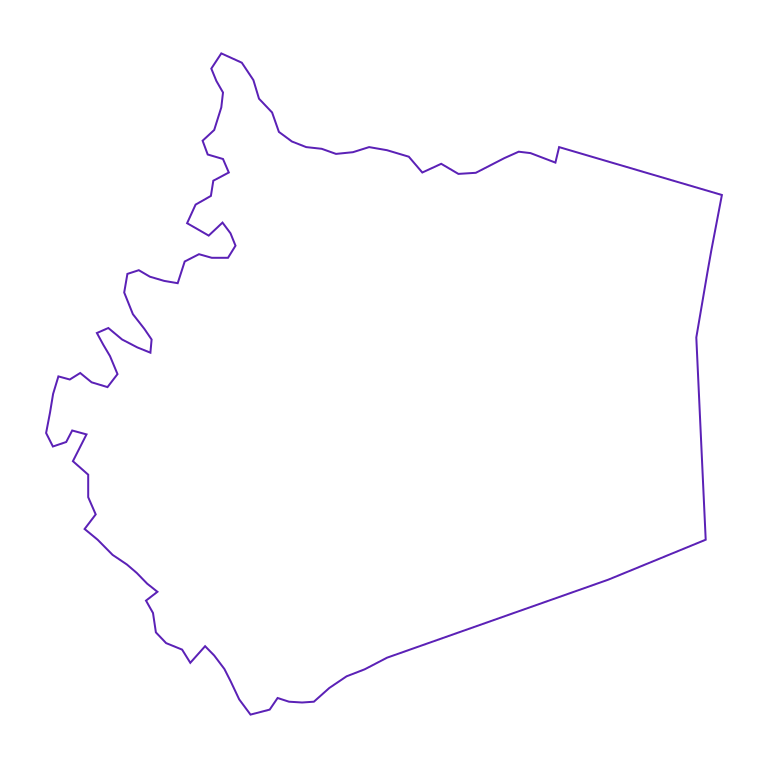 outline of Itabi, Sergipe, Brazil
{"feature_id": "56859067B58035977346171", "entity_name": "Itabi", "entity_type": "district", "adm_level": 2, "iso_a3": "BRA", "parent_name": "Brazil", "parent_adm1": "Sergipe", "projection": "natural_earth1", "projection_center": [-37.181, -10.102], "detail": "fine", "context": "isolated", "style": "outline", "palette": "violet", "viewbox_px": 768, "rotation_deg": 0, "n_neighbors": 0, "source": "geoboundaries", "source_scale": "gbopen_adm2", "svg_char_len": 1446}
<svg xmlns="http://www.w3.org/2000/svg" viewBox="0 0 768 768"><path d="M705.7,539.7L696.3,337.5L707.4,272.5L711.3,250.5L721.9,195.0L559.1,147.1L555.4,162.6L530.5,153.1L518.7,151.7L504.4,158.1L475.8,172.8L458.4,173.9L441.2,163.8L422.3,172.5L408.8,156.7L387.0,150.2L369.1,147.1L352.9,152.2L336.0,153.9L321.7,148.8L306.2,147.1L291.9,141.5L278.9,131.9L272.1,112.5L259.0,98.7L253.4,80.1L241.8,62.7L221.3,53.4L211.3,68.6L216.4,81.0L223.0,92.5L221.3,107.4L214.2,130.0L202.6,140.7L207.7,154.5L223.0,159.0L228.8,172.5L213.3,180.7L210.9,195.9L195.6,204.6L187.1,223.2L208.7,235.6L222.5,222.6L230.5,233.3L235.5,245.7L228.0,257.8L211.8,257.8L199.0,254.2L184.7,261.5L177.7,283.2L164.2,280.9L149.9,276.7L138.8,270.2L127.4,273.9L124.2,292.5L132.9,314.2L144.3,328.8L151.6,339.5L150.4,352.7L137.3,347.4L122.1,339.5L108.3,328.0L96.9,333.0L103.2,344.6L110.0,356.1L117.5,374.1L107.5,387.1L91.6,382.3L80.2,373.0L69.8,379.5L58.4,376.4L53.1,393.9L50.0,412.7L46.1,433.0L52.9,446.5L66.2,442.0L72.2,430.5L86.5,434.4L72.9,461.2L88.2,474.7L88.2,497.2L95.7,514.4L84.6,529.0L97.6,539.7L112.6,554.9L126.9,564.5L136.8,573.0L147.2,583.7L157.4,591.8L146.0,600.6L153.0,613.0L155.9,632.4L166.1,643.1L182.1,649.6L190.3,662.8L205.1,646.2L214.2,655.5L224.4,669.0L230.7,681.4L239.2,699.4L250.5,714.6L269.7,709.6L277.6,698.0L289.0,701.7L302.1,702.5L313.9,701.7L329.4,687.9L346.6,676.3L364.7,669.3L387.0,657.7L608.2,579.7L705.7,539.7Z" fill="none" stroke="#5b21b6" stroke-width="2"/></svg>